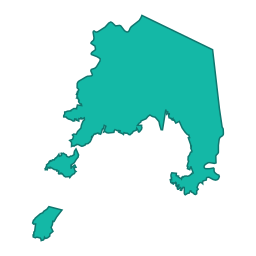 Tamalín, Veracruz, Mexico
{"feature_id": "50627088B78854811449565", "entity_name": "Tamalín", "entity_type": "district", "adm_level": 2, "iso_a3": "MEX", "parent_name": "Mexico", "parent_adm1": "Veracruz", "projection": "natural_earth1", "projection_center": [-97.693, 21.474], "detail": "fine", "context": "isolated", "style": "filled", "palette": "teal", "viewbox_px": 256, "rotation_deg": 0, "n_neighbors": 0, "source": "geoboundaries", "source_scale": "gbopen_adm2", "svg_char_len": 5799}
<svg xmlns="http://www.w3.org/2000/svg" viewBox="0 0 256 256"><path d="M194.4,194.2L195.6,194.5L196.7,193.7L196.7,190.7L198.2,189.2L197.0,187.4L198.6,183.7L199.7,182.7L201.2,182.4L202.7,183.7L202.6,182.3L203.1,180.9L206.3,180.0L206.4,178.2L206.9,177.5L208.9,177.2L213.1,179.5L215.4,180.1L217.0,179.8L218.4,178.8L219.3,176.6L218.9,175.2L216.8,174.3L214.6,172.4L214.1,171.0L214.0,168.5L213.5,168.0L209.3,168.7L205.7,168.7L204.6,168.2L204.1,167.3L204.1,166.2L205.1,164.6L207.9,162.8L209.6,162.6L214.5,163.4L216.0,162.9L215.8,156.1L216.3,155.1L217.9,153.4L218.4,152.3L218.4,145.2L219.2,139.2L220.0,137.4L222.6,135.6L223.3,134.5L223.4,133.2L223.2,129.0L222.1,126.9L219.4,108.6L212.6,49.7L141.9,15.4L140.9,17.8L139.2,20.5L131.3,26.7L130.2,28.2L129.1,30.8L127.8,32.0L126.4,31.9L124.5,30.7L120.9,26.0L119.7,25.4L115.5,25.9L112.3,22.8L110.8,22.0L108.7,23.1L105.1,27.1L97.9,31.7L96.5,32.1L95.5,31.9L94.0,30.9L93.3,31.4L93.1,32.5L94.0,37.7L93.8,39.3L93.4,40.3L91.6,41.9L91.0,42.8L91.0,43.4L95.0,46.1L95.5,49.2L95.2,49.9L92.1,52.2L91.2,53.4L91.4,54.5L96.9,56.6L99.5,58.2L100.2,58.8L100.0,61.0L96.4,66.9L94.7,68.3L91.4,69.4L90.9,70.2L90.9,71.1L92.3,74.3L92.2,75.2L91.5,75.9L87.4,76.3L85.7,77.1L78.9,81.1L77.8,82.2L77.2,83.6L77.1,87.8L78.2,88.8L78.8,89.9L77.9,91.2L78.0,91.7L77.5,91.7L77.6,92.6L76.9,93.1L77.6,93.9L77.5,94.3L76.8,94.4L76.7,94.0L76.4,94.4L77.1,94.9L77.0,96.8L77.5,97.2L76.7,98.0L77.6,98.3L78.8,99.7L78.6,100.1L79.1,100.7L78.6,101.4L78.8,102.1L80.1,103.7L81.3,104.0L81.7,105.6L77.4,105.0L76.9,107.3L76.5,107.8L76.6,108.8L73.9,108.5L70.8,110.4L70.8,110.8L67.3,111.2L65.8,111.9L64.7,112.0L64.7,113.9L63.7,115.8L63.7,116.9L66.1,117.0L66.8,117.9L68.4,119.0L71.2,119.8L73.1,121.1L74.7,120.8L74.9,119.5L74.6,119.4L74.7,119.1L75.1,119.2L75.1,118.9L76.5,119.2L76.8,119.5L76.6,120.2L78.8,121.1L78.9,118.6L81.0,118.9L80.9,117.9L81.5,118.0L82.4,118.9L84.3,117.9L84.4,119.8L83.2,120.9L82.7,121.9L81.4,125.1L80.9,128.1L77.6,131.5L76.3,134.3L73.6,134.1L72.4,135.0L73.5,136.4L72.6,139.3L69.7,140.4L71.1,141.7L71.6,143.0L71.5,146.5L73.1,145.8L74.0,146.2L75.3,145.2L75.8,145.3L76.6,144.4L78.4,144.6L81.4,146.2L82.8,146.1L85.3,144.9L85.5,144.1L88.1,143.5L90.2,141.7L91.7,138.6L91.6,136.9L91.7,136.6L92.4,136.9L92.6,136.1L93.1,135.8L93.9,134.3L95.0,134.1L95.2,133.7L95.6,134.0L97.5,133.0L98.7,133.4L98.8,133.8L99.1,133.9L99.2,133.5L100.6,134.2L101.4,132.6L102.3,129.2L102.5,128.9L102.9,129.2L103.5,128.2L104.2,125.3L105.9,126.2L103.8,132.0L105.0,131.4L106.5,132.6L108.2,133.0L113.9,132.4L114.3,130.5L115.0,129.6L118.5,131.2L118.5,130.5L120.1,130.7L120.1,131.5L119.1,132.3L122.3,133.6L123.5,134.5L124.1,132.6L125.6,133.2L127.2,133.2L129.2,134.7L130.4,134.6L131.2,133.6L131.9,133.3L133.4,131.3L136.3,130.2L136.7,128.2L138.1,130.5L138.3,131.6L138.6,132.0L139.4,131.9L141.5,129.3L141.9,127.6L141.6,127.0L141.6,125.3L137.5,125.3L137.8,124.8L139.0,123.3L140.7,122.2L141.1,120.9L146.0,118.8L148.0,116.4L149.9,115.0L152.4,116.5L155.2,117.2L158.1,120.5L159.0,121.6L159.7,125.2L161.1,129.7L162.5,129.8L165.8,109.5L166.0,111.0L167.7,111.9L166.8,112.8L166.8,114.2L167.9,113.4L169.3,113.6L169.3,114.3L168.7,114.4L168.6,115.6L169.1,117.8L170.1,118.0L170.9,118.7L171.8,118.4L172.2,118.8L171.8,119.4L172.0,119.8L172.4,119.7L172.4,119.0L172.9,118.7L172.8,119.4L173.6,119.7L173.3,120.2L174.3,120.4L175.8,123.1L179.3,121.4L182.2,128.0L185.0,132.0L187.0,134.2L188.4,135.0L189.5,135.2L188.8,135.4L189.6,137.6L188.3,137.8L190.6,144.4L190.8,146.2L191.3,146.1L191.2,147.9L190.8,148.0L191.9,151.0L191.6,152.0L190.6,152.2L189.3,155.4L188.2,156.6L188.0,160.0L188.6,161.1L187.1,166.1L187.9,166.6L187.4,168.6L189.8,169.7L190.5,167.0L191.0,166.9L193.2,172.9L191.6,173.4L191.6,174.2L190.5,174.6L189.8,175.4L188.9,175.9L187.5,176.3L186.3,176.0L184.3,176.2L183.4,177.0L182.8,176.7L182.5,177.4L181.9,177.3L181.5,179.0L181.0,178.3L180.1,178.2L178.2,176.9L178.5,176.1L176.2,175.7L176.4,173.3L171.8,172.8L171.1,174.4L170.9,176.1L171.5,177.3L171.6,177.8L171.2,178.0L171.6,179.7L170.3,179.7L170.8,182.3L171.1,182.7L172.3,182.6L172.2,183.5L173.4,184.0L173.4,183.0L174.5,182.9L175.1,183.3L175.1,182.7L175.4,182.4L175.8,183.0L176.1,182.8L176.3,183.2L175.9,185.4L176.3,186.3L176.7,186.4L177.4,185.4L178.8,184.9L178.8,186.1L177.2,187.6L177.5,189.0L177.9,189.3L178.7,189.2L180.2,187.5L180.9,188.0L181.0,189.1L180.5,190.3L181.2,190.4L181.8,190.0L181.7,188.8L182.2,188.8L183.1,187.3L184.3,187.5L184.3,193.3L184.7,194.4L185.3,194.8L187.6,193.4L189.3,193.0L190.2,190.9L190.8,190.8L191.7,192.2L193.2,193.0L194.4,194.2ZM62.0,210.0L48.9,206.6L46.9,209.2L43.6,211.4L42.9,212.7L40.3,213.8L35.2,218.2L34.5,219.5L33.5,220.2L32.6,223.0L33.6,224.1L35.6,224.0L34.7,231.2L33.9,232.0L33.7,235.2L33.1,235.1L33.2,236.9L35.4,237.8L36.2,237.3L37.5,237.3L40.4,238.1L41.1,239.7L41.2,240.6L43.5,239.9L44.3,238.6L44.5,237.3L45.4,238.4L46.2,238.3L47.5,237.9L49.7,236.2L49.9,234.0L53.0,231.4L51.1,227.5L52.4,224.6L52.8,221.3L53.7,221.6L53.9,221.1L54.3,221.1L56.6,217.0L62.0,210.0ZM76.0,171.5L74.9,170.6L73.9,167.9L76.0,167.3L74.8,165.0L72.2,166.9L71.9,166.5L71.0,168.7L71.0,165.0L74.2,162.8L76.2,159.5L78.2,157.0L78.2,156.1L78.6,155.0L76.0,148.9L74.5,151.1L74.0,153.4L74.2,154.4L74.0,154.7L71.5,156.2L70.5,156.1L69.0,157.3L66.7,156.3L66.3,154.9L64.6,154.1L63.5,153.2L62.3,153.6L61.8,153.2L61.1,153.3L61.5,155.5L59.4,156.3L58.9,154.2L57.7,156.0L56.2,157.8L55.8,157.8L55.1,158.4L54.2,159.9L52.7,159.8L52.0,160.2L51.8,160.8L50.3,161.4L50.3,160.8L49.8,161.0L49.1,161.8L48.7,163.1L46.5,164.9L46.6,166.7L46.0,166.9L45.6,168.5L45.1,168.6L45.3,169.8L46.3,169.5L47.1,169.9L48.2,167.5L49.9,168.2L50.0,167.2L50.5,167.3L54.2,169.5L56.9,170.1L56.8,171.0L58.7,171.1L58.5,173.6L58.8,173.9L59.6,173.9L60.7,173.1L61.3,173.2L61.3,173.9L62.3,173.7L64.0,176.0L65.5,176.9L69.3,176.6L69.8,177.6L71.2,175.7L73.3,174.0L74.4,173.6L75.1,172.0L76.0,171.5Z" fill="#14b8a6" stroke="#0f766e" stroke-width="1.5"/></svg>